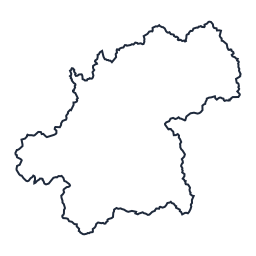 outline of Dinh Lap, Lạng Sơn, Vietnam
{"feature_id": "81297802B72919536287172", "entity_name": "Dinh Lap", "entity_type": "district", "adm_level": 2, "iso_a3": "VNM", "parent_name": "Vietnam", "parent_adm1": "Lạng Sơn", "projection": "mercator", "projection_center": [107.136, 21.534], "detail": "fine", "context": "isolated", "style": "outline", "palette": "slate", "viewbox_px": 256, "rotation_deg": 0, "n_neighbors": 0, "source": "geoboundaries", "source_scale": "gbopen_adm2", "svg_char_len": 5705}
<svg xmlns="http://www.w3.org/2000/svg" viewBox="0 0 256 256"><path d="M187.9,213.3L189.1,211.9L190.5,209.1L191.3,206.5L190.8,205.0L191.1,204.2L192.0,203.0L191.9,200.0L193.7,196.0L192.3,195.7L190.4,194.3L190.3,193.7L190.6,192.6L189.9,191.7L189.5,189.6L190.0,187.8L189.5,186.8L188.1,184.6L185.8,184.2L185.4,183.3L185.6,181.1L184.8,181.2L184.1,179.7L182.7,178.7L184.4,176.2L184.5,174.1L182.2,172.4L182.7,170.6L182.1,169.5L182.4,168.2L181.1,166.0L181.3,165.1L182.2,163.3L182.9,162.8L182.7,161.0L181.8,159.1L184.2,156.7L184.9,154.3L182.6,150.6L181.2,149.2L180.3,147.3L180.3,144.9L180.0,144.0L181.2,142.0L180.0,139.1L178.8,137.6L179.0,135.5L177.7,134.1L175.9,135.1L173.8,135.2L173.2,131.6L171.6,130.2L170.8,129.0L169.3,128.9L168.8,129.4L168.4,129.3L165.1,124.7L165.0,123.8L166.3,122.3L169.2,121.2L170.5,118.7L173.1,117.9L175.2,119.0L176.7,118.6L178.6,117.3L179.9,118.5L181.0,118.6L184.9,120.4L185.3,120.2L186.4,116.5L190.5,113.3L194.0,112.7L197.6,113.6L199.4,113.1L200.8,112.1L202.5,110.1L202.4,105.7L203.7,104.5L205.2,103.9L205.5,102.1L206.7,99.8L206.8,98.6L209.1,97.6L211.1,97.4L214.9,96.3L215.4,98.4L216.8,99.6L218.5,98.2L219.7,97.6L220.8,97.6L222.2,98.4L223.4,98.6L223.9,100.3L224.7,100.9L226.2,100.3L228.5,100.6L229.6,100.4L229.4,99.5L230.7,99.2L231.1,98.3L232.7,97.1L238.4,97.0L239.8,94.8L239.7,94.1L237.3,91.4L238.3,90.5L239.2,88.9L238.3,87.1L238.9,86.2L238.5,83.9L238.1,83.3L236.7,82.7L236.0,78.9L239.7,76.7L240.3,75.9L240.1,75.4L240.6,74.0L239.0,70.7L239.3,68.8L238.4,67.1L238.5,64.5L238.1,63.7L238.8,62.0L238.5,61.4L237.1,60.5L237.7,58.9L236.2,58.6L235.0,57.3L232.4,56.3L231.7,54.9L233.6,53.5L233.3,52.1L231.4,50.7L231.3,49.6L230.3,49.4L229.4,49.9L228.5,49.8L227.4,47.8L226.8,44.2L223.0,41.0L221.7,40.7L221.6,38.4L220.5,37.4L219.7,35.8L221.0,30.7L219.3,30.3L217.0,30.5L216.5,28.3L214.2,28.0L213.2,26.7L212.9,24.3L211.0,22.0L209.5,21.7L208.5,21.9L207.0,23.6L204.5,24.7L204.7,26.5L204.3,27.1L202.0,27.0L201.4,26.3L200.6,26.1L199.6,26.7L198.6,26.7L197.8,27.7L196.5,27.6L193.4,28.6L192.6,30.6L191.9,31.0L190.5,30.9L189.0,32.7L188.6,34.1L187.4,34.3L186.5,35.2L186.3,38.2L185.7,39.9L186.0,41.0L185.0,41.5L184.1,40.6L182.2,41.0L180.7,39.8L178.9,40.2L178.1,40.0L177.8,39.6L178.4,38.3L177.8,37.5L176.7,36.7L175.7,37.0L174.0,36.0L174.0,35.2L173.6,34.6L170.7,34.1L169.5,32.2L168.1,32.7L167.3,32.4L166.1,31.3L164.8,28.5L163.1,27.2L162.0,27.1L159.7,25.9L159.2,25.2L157.4,26.5L155.8,26.3L152.6,27.8L152.7,30.7L152.3,31.4L151.2,31.2L149.2,31.6L147.5,33.9L143.7,36.1L144.5,39.0L144.2,40.8L144.4,41.7L143.5,44.0L142.4,44.2L140.8,43.3L137.9,43.8L137.2,43.0L135.3,42.6L133.5,44.5L131.9,44.2L130.6,45.0L126.9,45.7L126.1,45.1L124.9,45.1L123.4,47.5L121.4,47.8L119.5,48.7L119.1,50.0L117.1,49.3L116.6,50.2L117.0,52.7L116.0,53.5L115.7,54.2L116.1,57.1L111.9,62.2L110.5,60.7L109.1,60.7L108.2,60.0L107.0,60.1L105.9,59.3L104.8,59.2L103.5,56.7L102.1,50.9L99.9,52.3L98.8,54.4L97.6,54.8L97.7,57.0L97.2,59.1L95.2,60.5L95.0,61.5L96.7,63.1L97.0,63.8L95.3,64.4L93.1,65.9L93.0,67.6L93.4,69.0L94.2,70.0L92.5,72.2L93.4,75.5L92.8,77.6L91.9,78.6L91.0,78.7L89.6,78.2L88.9,79.0L87.5,79.1L86.9,80.4L85.0,80.5L84.4,79.9L82.6,79.1L82.4,76.1L81.8,74.5L81.4,74.3L79.0,74.5L77.5,75.7L75.9,75.9L75.1,74.6L75.6,73.5L74.4,72.1L74.0,70.9L74.3,70.0L73.1,68.5L71.9,68.2L71.5,68.7L71.4,69.8L70.0,70.7L71.3,73.7L71.1,75.1L70.0,76.1L71.1,77.2L70.8,78.3L71.9,79.3L71.8,80.5L73.8,83.0L75.2,83.9L75.5,84.9L74.7,86.1L75.1,87.6L74.4,88.6L73.9,90.3L73.0,90.5L73.0,91.5L74.1,92.5L75.3,93.0L77.8,98.2L76.7,99.3L77.2,100.4L76.8,101.5L75.1,102.4L73.5,102.5L73.6,104.9L71.0,110.2L70.2,109.8L68.2,111.8L67.9,112.4L68.0,113.4L66.3,115.5L66.2,116.8L66.6,117.9L66.1,119.6L62.6,120.9L61.1,123.4L61.1,124.9L59.9,127.2L55.5,127.0L55.0,127.4L54.7,129.1L56.4,130.6L56.4,133.1L55.7,134.0L53.9,134.9L46.9,137.1L45.8,136.4L43.3,133.9L41.7,134.1L40.9,132.1L38.8,131.9L38.2,132.0L34.7,135.2L33.8,135.6L31.6,135.2L28.7,135.2L27.5,134.7L27.0,135.5L27.0,136.4L25.0,138.6L21.5,139.6L22.5,144.4L22.5,146.1L19.3,149.0L17.7,149.9L16.8,150.0L15.4,153.0L15.7,154.6L16.9,155.2L16.8,156.6L17.1,157.3L20.3,158.9L21.4,159.7L21.7,160.4L19.7,164.8L17.1,165.9L16.5,168.9L16.6,170.0L19.2,174.3L20.4,175.4L21.7,175.6L23.5,178.2L26.2,180.8L27.4,181.2L28.6,180.8L30.6,178.2L32.4,177.0L33.3,175.6L34.4,176.2L35.0,177.6L35.0,180.0L34.3,181.6L34.3,183.3L35.5,182.7L37.0,181.0L39.3,179.5L39.9,178.6L41.9,178.6L42.8,179.3L42.6,180.0L43.7,181.4L44.1,182.9L44.5,183.6L46.0,184.4L48.7,183.6L53.4,177.8L56.0,177.1L56.9,177.4L58.5,176.1L60.5,176.2L61.6,175.9L63.5,178.1L64.3,181.0L65.9,181.5L69.3,184.1L70.0,185.3L69.5,186.3L68.4,186.9L66.7,187.1L63.7,189.4L63.5,190.3L64.1,192.3L62.8,194.3L61.3,195.6L61.5,197.8L62.5,200.8L62.5,202.6L63.8,204.1L64.9,207.8L64.9,208.4L64.0,209.9L63.9,213.6L63.4,214.8L62.4,215.5L62.3,216.8L63.2,218.1L66.1,218.3L67.8,218.8L69.1,221.2L71.9,221.8L74.4,224.1L76.8,224.3L76.7,226.4L79.1,228.8L78.8,231.0L79.8,231.5L80.2,232.4L82.9,234.1L84.2,234.3L86.8,233.7L87.8,233.0L89.1,233.2L90.2,232.4L92.6,232.1L92.9,231.7L92.8,229.0L94.5,227.8L95.5,226.5L96.3,223.9L98.1,222.5L101.3,223.2L103.1,222.9L104.3,223.7L105.5,223.5L106.1,222.2L107.6,221.2L107.4,220.0L108.3,219.1L111.6,218.1L113.0,217.0L113.3,212.7L114.0,211.4L114.1,209.6L116.5,208.0L118.2,208.8L120.7,208.4L121.8,209.0L124.0,209.6L126.5,211.2L128.3,211.8L131.9,210.9L136.1,211.8L135.4,213.4L137.8,214.3L138.8,213.6L142.7,212.3L143.9,213.2L145.7,213.6L147.9,214.9L149.4,214.6L152.2,211.9L154.9,210.8L155.1,210.0L156.3,208.5L159.1,208.7L159.7,207.0L160.2,206.8L162.6,207.6L164.7,206.9L166.2,205.2L167.4,203.0L169.9,202.5L170.8,201.8L172.0,203.2L173.6,203.6L175.3,205.8L176.2,206.2L176.0,207.7L179.8,209.6L179.8,211.2L181.1,211.9L182.2,214.4L185.0,212.9L186.3,212.8L187.9,213.3Z" fill="none" stroke="#1e293b" stroke-width="2"/></svg>